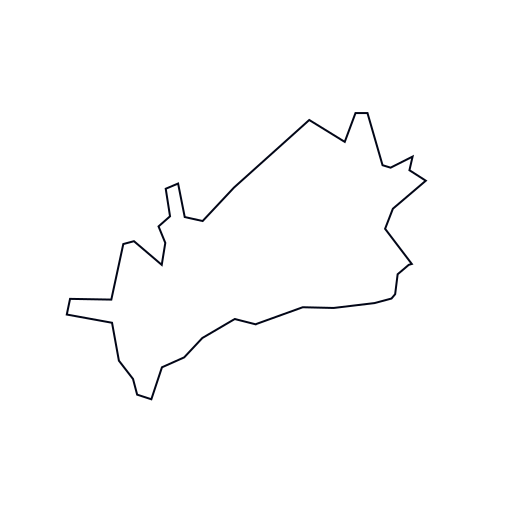 Bulakbashi, Andijon, Uzbekistan, rotated 300°
{"feature_id": "79887680B25262696508510", "entity_name": "Bulakbashi", "entity_type": "district", "adm_level": 2, "iso_a3": "UZB", "parent_name": "Uzbekistan", "parent_adm1": "Andijon", "projection": "mercator", "projection_center": [72.458, 40.641], "detail": "fine", "context": "isolated", "style": "outline", "palette": "ink", "viewbox_px": 512, "rotation_deg": 300, "n_neighbors": 0, "source": "geoboundaries", "source_scale": "gbopen_adm2", "svg_char_len": 702}
<svg xmlns="http://www.w3.org/2000/svg" viewBox="0 0 512 512"><g transform="rotate(300 256 256)"><path d="M110.7,121.4L126.2,164.7L96.8,189.6L88.0,211.0L76.5,222.4L79.6,237.0L112.6,230.2L132.3,244.5L158.1,250.5L190.8,269.1L196.7,290.0L197.2,290.2L235.0,322.1L249.8,349.2L274.5,382.2L286.9,394.6L292.5,395.6L311.0,387.8L324.7,392.7L327.0,394.9L344.1,354.2L365.4,350.9L406.1,365.4L407.0,346.0L420.4,341.9L399.8,328.4L397.9,320.2L435.5,281.1L429.5,270.7L399.2,275.8L400.4,234.1L304.2,202.7L259.6,192.3L254.1,174.8L279.8,152.3L269.1,144.2L247.4,161.7L232.9,156.8L222.0,170.9L201.2,178.8L207.8,142.9L200.0,135.1L145.9,152.5L125.9,116.4L110.7,121.4Z" fill="none" stroke="#020617" stroke-width="2"/></g></svg>